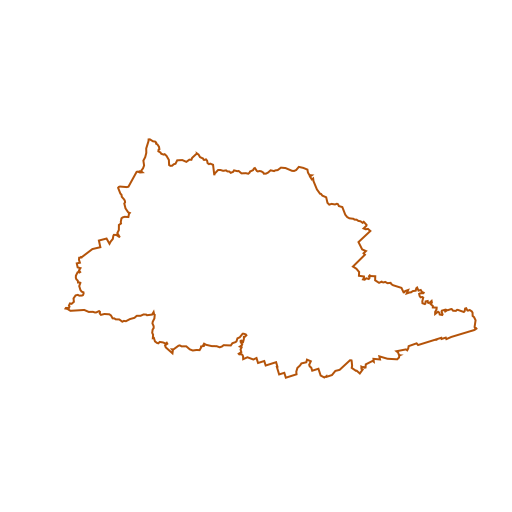 outline of Adelaide Hills, South Australia, Australia, rotated 256°
{"feature_id": "25037944B81795940513405", "entity_name": "Adelaide Hills", "entity_type": "district", "adm_level": 2, "iso_a3": "AUS", "parent_name": "Australia", "parent_adm1": "South Australia", "projection": "albers", "projection_center": [138.799, -34.901], "detail": "fine", "context": "isolated", "style": "outline", "palette": "amber", "viewbox_px": 512, "rotation_deg": 256, "n_neighbors": 0, "source": "geoboundaries", "source_scale": "gbopen_adm2", "svg_char_len": 6100}
<svg xmlns="http://www.w3.org/2000/svg" viewBox="0 0 512 512"><g transform="rotate(256 256 256)"><path d="M201.2,136.0L201.2,137.1L197.6,137.3L195.6,138.9L194.9,140.1L195.9,141.8L194.6,144.9L192.8,147.2L193.4,148.4L192.3,148.7L191.3,146.1L189.2,146.3L181.8,151.4L184.6,152.5L185.8,151.9L185.4,153.5L187.7,159.1L187.7,160.4L186.3,162.0L185.2,166.5L181.4,169.2L179.6,171.8L179.2,175.6L178.3,178.5L180.4,180.5L181.5,180.8L181.3,183.7L182.0,184.2L182.5,183.5L183.5,184.4L181.9,186.1L179.3,191.2L178.0,196.0L176.2,198.7L176.4,201.0L177.3,203.0L175.3,209.9L177.1,212.0L177.4,215.3L177.9,216.4L180.6,218.1L181.0,220.5L183.8,224.2L183.6,225.2L182.4,227.1L181.4,227.5L180.3,225.6L180.5,224.7L178.5,224.2L175.4,222.5L175.5,222.0L177.4,221.5L177.4,220.6L176.4,220.3L173.5,221.2L172.9,220.7L172.0,218.5L170.9,220.0L169.0,218.4L166.3,218.5L165.3,215.6L164.6,216.0L164.2,218.1L163.5,218.8L161.8,219.2L159.0,218.6L159.8,223.2L156.2,228.4L156.9,231.8L151.7,232.1L152.1,238.6L147.4,238.9L148.1,249.8L143.4,250.0L143.4,249.4L135.5,249.8L135.8,255.2L130.7,255.5L131.4,266.7L134.0,267.1L137.4,269.1L139.1,272.2L140.8,274.1L140.7,279.1L143.1,280.4L140.6,283.7L137.6,281.3L135.9,281.4L134.3,282.6L131.1,282.8L131.5,289.3L124.4,289.8L121.6,292.9L122.1,294.1L121.8,294.6L122.3,295.4L121.7,295.4L122.1,300.9L125.3,305.2L125.3,309.6L132.1,322.0L131.6,323.4L130.9,323.4L126.2,322.7L124.3,321.8L120.4,325.2L120.4,325.9L116.9,328.3L120.0,332.0L121.0,331.0L123.2,331.5L122.3,332.6L122.2,333.7L121.4,334.1L121.3,335.3L124.3,336.3L126.0,343.8L124.9,344.7L127.8,345.1L125.6,351.3L128.8,351.4L124.5,358.7L121.6,368.0L122.9,370.2L124.8,371.0L124.9,371.6L125.2,370.8L128.0,370.5L129.6,369.3L129.1,378.9L127.9,379.9L129.4,381.3L131.6,382.3L132.4,390.7L130.4,391.7L131.4,409.0L131.1,410.6L131.5,410.6L131.8,416.0L130.6,416.0L130.9,420.4L129.3,420.6L130.2,425.9L131.4,450.2L132.2,452.3L132.9,452.0L133.4,451.0L134.2,450.9L140.5,453.5L143.9,452.8L145.4,451.7L148.6,452.4L150.0,452.0L151.9,450.3L151.7,448.4L152.1,447.9L154.5,447.3L154.4,446.2L152.0,445.1L151.4,444.1L154.9,438.8L155.1,438.0L154.4,436.7L155.2,434.0L157.2,433.0L157.3,432.4L157.0,428.8L157.8,427.5L156.7,427.1L156.4,426.2L158.1,425.9L158.0,423.1L157.2,422.6L154.2,422.9L153.7,422.4L154.8,420.1L156.7,420.1L157.9,419.1L156.4,415.8L158.4,416.3L160.6,418.3L162.2,418.8L163.3,415.1L164.7,415.5L167.0,413.9L168.3,415.4L169.9,415.5L168.7,413.2L168.6,412.3L169.2,411.5L170.8,411.7L170.9,409.6L168.8,408.8L168.5,408.2L169.9,406.1L171.8,406.4L175.2,408.2L176.0,407.4L176.1,405.7L177.5,405.1L179.8,405.1L180.1,406.1L179.4,409.4L179.8,409.8L181.0,408.3L183.2,407.6L183.1,405.3L186.4,404.7L185.9,403.7L183.7,402.6L184.0,399.7L183.2,397.4L183.5,396.6L183.2,393.2L186.2,395.4L185.9,392.2L184.9,391.2L185.0,390.4L189.9,389.4L194.5,381.9L195.9,380.6L197.4,380.1L197.8,377.0L199.6,375.1L199.5,373.4L200.2,371.9L200.7,371.7L200.2,368.9L203.6,365.7L207.5,366.8L208.8,362.4L209.7,361.7L209.0,360.7L207.3,360.9L206.4,359.8L207.7,357.6L206.7,355.7L207.4,354.2L208.8,355.5L210.0,355.8L211.9,351.1L215.5,352.2L219.4,350.3L222.3,347.5L230.9,362.0L232.6,361.0L234.2,363.9L236.7,360.6L244.7,358.8L252.6,373.0L255.2,371.2L255.4,368.9L256.7,367.1L258.6,370.4L259.4,370.8L263.1,368.8L262.4,367.5L264.4,365.8L265.3,363.8L266.9,362.4L267.5,360.3L268.5,359.6L270.0,355.7L271.7,353.9L274.5,352.6L282.6,351.6L284.4,348.5L286.5,348.0L287.1,347.1L286.9,345.1L288.3,341.9L288.1,339.5L290.3,338.2L296.0,338.3L298.5,335.0L300.5,334.1L300.9,333.2L305.9,331.2L314.8,329.9L317.4,330.2L316.8,328.7L320.0,327.6L320.8,329.6L321.6,327.4L324.4,326.6L327.4,326.8L330.1,323.1L332.1,319.1L329.7,315.8L329.3,313.6L329.9,311.6L334.2,305.9L335.7,301.6L334.1,297.8L334.4,295.4L334.0,294.1L335.6,290.9L334.0,287.8L333.5,285.5L334.0,283.5L335.1,283.3L336.8,281.7L337.6,280.0L337.6,278.2L338.3,277.4L341.6,276.2L341.4,275.2L340.0,273.9L339.4,270.6L338.5,270.0L337.7,268.4L338.8,266.2L339.7,261.9L342.7,259.7L342.8,258.4L344.4,255.4L343.2,254.2L342.8,251.6L344.4,250.6L345.0,248.7L346.3,247.7L346.6,244.7L348.0,242.4L348.6,240.0L345.9,235.8L344.5,235.1L354.9,236.4L356.7,233.9L356.5,232.6L357.8,231.5L360.3,231.6L361.9,230.8L361.6,229.6L362.0,228.5L363.4,228.2L365.5,225.6L368.3,224.8L369.7,223.6L369.2,223.6L369.4,222.7L366.7,217.8L365.0,216.6L365.6,214.7L364.2,211.2L366.9,207.7L367.9,202.7L365.0,200.2L364.9,198.3L363.9,196.5L364.2,194.7L365.3,193.7L370.3,194.7L374.8,193.4L376.9,192.0L376.7,191.0L378.1,188.8L379.6,188.3L381.2,186.6L382.7,187.2L383.0,188.1L385.4,188.3L388.0,187.4L389.2,186.2L390.2,186.6L391.4,185.8L392.2,183.8L394.9,181.2L395.1,180.0L393.5,179.5L386.9,175.5L382.6,174.5L378.7,172.4L375.8,169.8L370.9,169.3L368.4,167.6L366.2,164.9L364.7,166.0L365.1,163.6L366.3,163.1L365.9,162.4L366.6,161.2L366.5,160.5L354.1,149.0L354.1,147.3L356.3,140.8L356.2,139.6L355.5,138.7L349.4,139.5L348.0,140.3L345.9,140.1L342.6,141.8L340.9,142.1L339.7,141.9L338.8,140.9L333.7,140.9L329.2,142.6L328.3,143.9L327.5,142.9L324.7,141.6L325.8,138.0L325.7,135.9L325.1,134.6L321.7,133.0L320.2,132.9L319.3,130.5L314.4,129.2L311.8,127.0L307.1,128.4L310.2,125.6L310.9,123.2L310.0,122.4L307.2,121.2L305.2,118.5L303.3,116.8L309.1,115.2L309.0,107.3L302.2,107.1L302.3,98.9L297.1,86.8L297.3,86.2L296.8,86.1L297.1,84.0L295.1,83.3L292.1,83.5L292.2,80.3L288.1,80.2L286.7,82.7L284.9,80.8L283.0,81.5L282.7,80.6L283.5,79.7L283.3,78.9L280.5,76.5L278.4,75.9L276.8,76.1L275.2,77.1L273.3,76.9L273.0,78.5L272.4,79.1L269.6,77.2L265.5,77.4L263.6,78.2L262.5,79.8L261.2,79.6L259.9,78.6L259.7,77.4L260.3,74.9L261.4,73.7L261.4,71.4L259.0,68.7L255.6,68.2L254.2,65.5L255.0,64.0L253.2,62.5L252.1,62.8L250.9,62.0L251.6,59.0L251.1,58.5L250.3,60.2L247.7,62.7L245.2,76.3L242.2,80.2L241.3,84.2L240.2,86.0L239.9,87.3L240.5,90.4L239.5,91.1L238.0,90.5L236.4,91.3L236.4,94.9L234.9,99.6L233.4,100.9L230.2,101.8L229.7,103.5L228.5,104.5L227.5,108.0L224.6,110.4L225.0,112.1L224.2,114.0L225.3,118.5L225.4,123.1L226.8,125.8L225.9,129.5L226.5,132.8L225.7,135.3L224.9,135.9L224.3,141.0L226.4,143.1L224.0,143.0L223.4,143.5L220.0,142.3L217.2,139.9L215.6,139.2L212.7,139.7L210.9,139.3L209.6,137.9L206.6,136.7L204.5,137.1L201.2,136.0Z" fill="none" stroke="#b45309" stroke-width="2"/></g></svg>